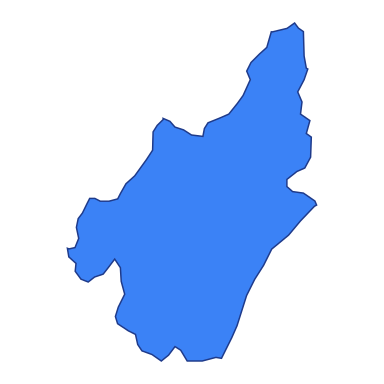 outline of Kristianstad, Skåne, Sweden
{"feature_id": "70781695B54182185465620", "entity_name": "Kristianstad", "entity_type": "district", "adm_level": 2, "iso_a3": "SWE", "parent_name": "Sweden", "parent_adm1": "Skåne", "projection": "mercator", "projection_center": [14.142, 56.058], "detail": "fine", "context": "isolated", "style": "filled", "palette": "blue", "viewbox_px": 384, "rotation_deg": 0, "n_neighbors": 0, "source": "geoboundaries", "source_scale": "gbopen_adm2", "svg_char_len": 1334}
<svg xmlns="http://www.w3.org/2000/svg" viewBox="0 0 384 384"><path d="M67.4,248.3L68.8,256.9L76.0,263.4L75.2,271.3L81.0,279.2L88.2,282.0L94.6,277.0L103.2,274.1L108.2,267.7L114.7,259.1L120.4,267.7L121.2,281.3L124.7,294.2L118.3,307.1L115.4,316.5L117.6,323.7L128.3,330.8L135.5,334.4L137.7,344.5L141.3,349.9L142.0,350.9L152.0,354.5L161.3,361.0L168.5,355.2L175.0,346.6L180.7,350.2L187.2,361.0L188.0,361.0L202.2,361.0L215.9,357.4L221.5,358.3L231.8,337.6L237.0,325.8L246.6,295.5L254.7,279.3L263.6,265.3L271.7,249.1L288.6,235.1L300.4,221.0L314.4,206.3L316.6,205.1L314.9,201.0L303.4,193.1L292.6,191.6L286.9,186.6L286.9,179.4L296.9,171.5L304.8,168.0L310.6,157.2L311.3,137.1L306.3,133.5L309.9,120.6L300.5,114.1L302.0,102.0L297.7,91.9L304.1,79.7L307.8,69.0L306.3,68.2L304.1,56.0L303.4,31.6L298.4,28.1L294.6,23.0L287.0,28.4L272.3,31.9L271.3,31.8L266.8,47.4L259.6,53.9L251.0,62.5L246.7,71.1L250.3,79.7L243.1,95.5L237.4,103.4L228.8,114.1L218.7,118.5L208.0,122.8L204.4,128.5L202.9,136.4L191.5,135.0L183.6,129.9L175.0,127.1L169.9,121.3L163.1,118.4L163.2,119.5L157.2,125.4L153.1,131.9L152.6,150.2L146.6,159.4L134.7,175.9L126.0,183.7L120.5,193.4L117.7,198.9L109.0,201.2L100.3,201.2L94.8,198.4L89.7,198.4L86.9,203.9L82.4,213.1L78.2,218.6L76.4,227.4L78.7,238.4L75.0,247.6L69.0,248.9L67.4,248.3Z" fill="#3b82f6" stroke="#1e3a8a" stroke-width="1.5"/></svg>